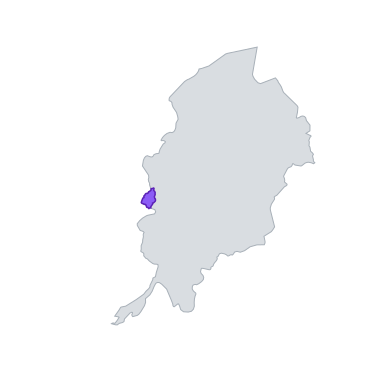 where Khost sits in Afghanistan, rotated 150°
{"feature_id": "AFG-1758", "entity_name": "Khost", "entity_type": "Province", "adm_level": 1, "iso_a3": "AFG", "parent_name": "Afghanistan", "parent_adm1": "", "projection": "mercator", "projection_center": [69.796, 33.377], "detail": "fine", "context": "in_parent", "style": "filled", "palette": "violet", "viewbox_px": 384, "rotation_deg": 150, "n_neighbors": 0, "source": "natural_earth", "source_scale": "10m", "svg_char_len": 4915}
<svg xmlns="http://www.w3.org/2000/svg" viewBox="0 0 384 384"><g transform="rotate(150 192 192)"><path d="M169.1,115.5L175.8,114.9L180.3,115.7L182.7,118.1L185.1,118.7L187.4,117.5L188.8,117.3L189.3,118.1L190.5,118.4L192.2,118.3L193.2,118.9L193.5,120.3L194.7,122.1L197.1,124.3L199.1,124.8L201.9,123.1L202.8,123.3L203.2,122.8L203.5,121.5L205.1,120.4L208.2,119.3L209.9,118.3L210.5,117.5L211.5,117.3L212.6,117.5L213.4,117.2L214.0,116.1L215.0,115.7L215.9,116.0L220.1,119.9L221.7,121.1L222.4,120.9L224.5,118.7L224.8,116.8L224.2,114.2L224.6,112.1L226.0,110.5L228.5,109.6L232.1,109.2L234.4,109.4L235.2,110.2L236.4,110.7L237.8,110.8L239.1,109.8L240.3,107.9L240.3,105.5L239.3,102.6L239.6,101.7L241.4,100.3L243.4,98.1L245.3,95.3L247.1,91.9L249.4,89.8L252.1,89.0L255.3,89.9L259.2,92.5L260.6,95.8L259.7,99.7L259.6,101.8L260.4,102.2L264.7,101.5L265.3,102.0L265.3,103.1L264.6,104.8L263.9,109.4L262.5,120.6L264.3,127.3L265.6,129.9L266.9,130.8L268.2,131.1L269.4,130.8L272.1,129.1L276.1,126.0L279.9,124.0L285.6,122.9L287.4,119.6L290.0,117.3L296.0,114.0L299.2,112.7L301.1,112.5L305.6,113.7L305.8,114.8L305.5,115.8L304.2,116.8L303.8,117.5L304.3,118.0L306.1,118.2L314.0,115.8L315.7,113.8L317.4,113.7L320.7,114.6L323.2,114.3L324.6,115.2L327.6,118.2L326.6,118.3L325.3,117.7L324.5,116.8L321.4,118.0L317.8,119.9L317.9,120.4L321.0,123.1L314.5,126.1L311.6,127.7L310.9,127.8L306.5,126.3L294.2,126.7L284.9,127.6L281.3,129.1L277.9,129.9L276.1,130.7L275.0,132.2L269.8,135.7L268.9,137.0L266.0,136.9L263.1,140.2L258.7,144.2L257.8,146.1L258.5,147.0L260.8,148.5L261.8,149.8L263.5,153.7L264.1,156.4L265.1,157.6L265.7,160.8L264.6,162.6L264.6,163.5L266.0,166.0L265.7,166.7L264.6,167.8L262.9,170.9L259.9,173.2L258.6,175.2L256.5,177.5L255.6,179.4L254.7,180.4L253.7,180.9L253.9,182.0L254.8,183.2L256.1,184.6L256.1,190.3L255.3,191.9L251.5,193.4L247.8,194.1L243.3,194.2L241.7,193.9L235.4,191.8L233.4,192.9L233.0,195.3L236.6,199.4L238.0,201.6L239.7,205.4L240.9,207.3L240.4,209.1L234.0,213.1L229.9,213.5L227.4,214.2L226.1,215.2L225.2,219.4L224.3,220.9L224.3,222.7L223.5,224.8L222.2,226.1L221.2,228.3L221.9,239.3L218.3,243.7L216.2,245.3L214.2,246.0L212.6,245.8L210.5,243.3L209.1,242.3L207.7,242.5L206.2,243.4L203.9,243.1L201.9,242.2L200.9,242.3L200.3,243.2L198.2,245.1L193.0,247.9L190.8,248.1L189.9,248.9L190.3,250.0L191.2,251.0L192.8,251.7L192.9,252.4L190.3,253.9L187.6,254.8L184.4,255.2L181.2,254.7L179.6,253.4L177.6,253.3L175.8,254.2L174.0,255.7L171.4,259.6L167.7,261.9L166.7,264.3L165.6,268.6L166.0,274.9L165.5,277.7L164.7,279.5L164.9,280.9L166.1,282.5L165.6,283.6L164.6,284.8L163.5,285.4L143.2,291.4L139.9,291.6L138.1,291.3L132.4,291.3L130.0,291.7L127.6,292.6L125.8,293.6L124.4,295.0L122.0,294.2L114.4,292.7L93.9,294.7L91.9,294.3L63.1,284.9L80.8,263.7L81.3,261.9L81.4,258.4L80.3,253.7L78.5,251.6L62.7,249.1L62.1,245.4L62.4,243.8L62.1,240.7L62.1,238.2L62.8,234.2L62.9,232.4L57.8,214.3L57.8,212.5L60.8,208.3L64.5,204.2L64.3,203.5L62.4,203.0L59.6,203.0L58.0,202.4L56.9,201.2L56.4,199.6L57.2,196.6L56.4,190.9L59.3,186.0L64.0,185.8L61.6,182.2L61.1,181.8L60.9,181.2L61.2,180.6L62.4,180.4L65.2,178.1L65.3,176.8L67.6,173.5L67.4,172.0L68.9,168.0L68.1,165.4L68.0,163.9L69.6,163.0L70.7,159.3L71.3,158.3L71.4,157.4L71.0,155.9L72.6,155.7L74.0,157.6L76.3,159.6L77.8,160.2L79.6,160.5L83.7,159.9L84.6,160.0L88.9,163.5L89.7,164.4L90.0,165.8L90.7,166.2L92.2,164.9L93.6,164.4L96.4,164.8L97.9,164.3L104.8,159.9L105.3,157.1L106.0,155.5L106.9,154.5L105.8,151.3L106.2,150.6L107.1,150.3L109.4,150.3L120.0,146.8L122.7,146.8L123.4,146.5L123.5,145.5L124.3,144.4L129.3,141.8L132.2,139.1L133.2,137.1L137.9,120.5L140.5,119.1L143.1,118.0L151.8,117.7L153.5,112.6L154.2,111.4L155.8,110.2L162.3,113.8L169.1,115.5Z" fill="#d9dde1" stroke="#a8b0b8" stroke-width="1"/><path d="M235.5,198.9L236.8,199.4L237.6,199.2L237.7,199.5L237.9,200.3L238.0,200.7L238.1,200.8L238.3,201.0L238.6,201.1L238.8,201.4L238.8,201.9L238.4,203.3L238.4,203.8L238.4,204.2L238.6,204.6L238.9,204.9L239.0,205.0L239.5,205.2L239.7,205.3L239.8,205.7L239.9,205.9L240.9,207.0L241.2,207.7L241.1,208.4L237.9,211.1L237.5,211.3L237.1,211.3L236.6,211.2L236.4,211.2L235.8,212.4L235.6,212.6L235.4,212.7L234.9,212.7L234.7,212.7L233.3,213.6L232.5,213.7L231.2,213.0L230.5,213.1L229.6,213.8L229.3,213.9L229.1,213.8L228.9,213.8L228.8,213.7L228.1,213.8L227.8,213.8L227.0,213.9L226.4,214.3L225.9,215.0L225.7,215.3L223.9,214.7L223.2,214.6L223.1,214.1L223.7,213.4L224.2,212.6L224.3,212.5L224.3,212.2L224.2,211.7L224.1,211.4L224.0,211.2L224.2,210.1L224.3,209.6L224.7,209.2L225.0,208.8L225.1,208.6L225.1,208.3L225.2,208.2L226.2,207.3L226.7,207.0L226.8,206.9L227.0,206.6L227.1,206.3L227.5,204.9L227.2,204.5L227.2,204.2L227.3,204.0L227.6,203.4L227.7,203.1L228.3,202.6L228.5,202.4L228.8,202.3L230.0,202.0L231.3,201.8L231.7,202.1L232.2,201.2L232.3,201.1L232.5,201.0L233.1,200.8L233.4,200.6L233.9,200.5L234.4,200.1L234.9,200.0L235.0,199.9L235.3,199.5L235.4,199.4L235.4,199.2L235.5,198.9Z" fill="#8b5cf6" stroke="#5b21b6" stroke-width="1.5"/></g></svg>